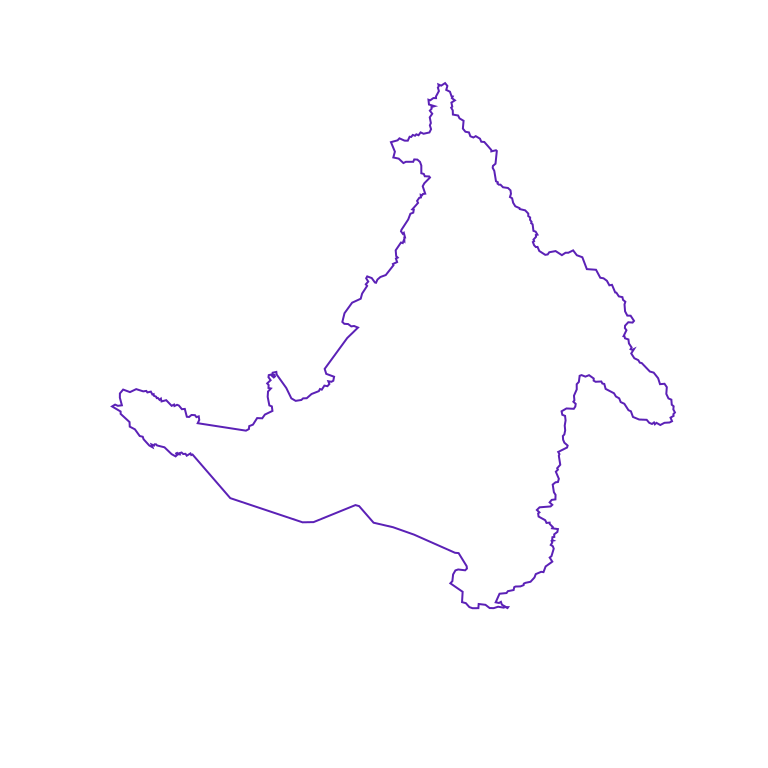 outline of Riosucio, Chocó, Colombia, rotated 157°
{"feature_id": "7082276B6840641027062", "entity_name": "Riosucio", "entity_type": "district", "adm_level": 2, "iso_a3": "COL", "parent_name": "Colombia", "parent_adm1": "Chocó", "projection": "albers", "projection_center": [-77.324, 7.341], "detail": "fine", "context": "isolated", "style": "outline", "palette": "violet", "viewbox_px": 768, "rotation_deg": 157, "n_neighbors": 0, "source": "geoboundaries", "source_scale": "gbopen_adm2", "svg_char_len": 6166}
<svg xmlns="http://www.w3.org/2000/svg" viewBox="0 0 768 768"><g transform="rotate(157 384 384)"><path d="M283.1,603.9L283.2,593.6L286.9,588.9L282.4,585.7L279.8,579.8L277.1,580.0L270.3,577.1L268.4,578.9L265.6,577.5L264.1,574.4L264.3,570.5L267.3,563.4L265.3,561.8L265.3,559.3L261.3,557.4L261.0,556.1L268.5,553.0L271.1,550.9L271.7,543.1L273.9,543.7L275.3,542.8L276.3,543.8L277.1,541.3L278.8,541.6L282.0,539.6L281.9,537.4L289.7,533.7L288.5,532.8L290.1,530.3L293.2,530.4L297.4,526.0L307.7,519.1L308.7,517.9L308.0,514.9L306.7,515.4L307.4,510.6L308.1,510.8L309.5,507.4L309.9,508.3L311.7,506.4L313.1,507.6L321.0,502.5L322.8,497.0L322.0,495.0L324.0,494.9L324.3,491.1L328.9,491.0L328.9,489.6L339.8,483.6L345.5,483.9L349.2,482.7L351.8,480.3L352.7,481.0L353.9,486.3L357.4,489.6L359.1,488.3L358.5,484.4L361.8,482.9L361.2,480.9L368.8,475.8L372.1,471.6L381.6,471.3L392.7,464.6L398.1,457.4L397.0,454.9L393.6,453.2L391.6,449.8L388.9,449.1L385.9,446.1L399.9,440.7L432.7,421.1L433.2,415.9L427.1,410.2L429.4,406.8L431.6,406.6L434.2,408.3L434.3,405.3L436.9,404.1L439.5,405.8L443.5,403.1L444.9,404.4L446.8,402.9L454.6,403.1L460.7,401.1L464.1,402.4L466.3,401.6L471.9,403.0L474.9,407.0L475.5,418.5L479.1,434.7L478.4,437.2L482.1,437.9L483.3,436.5L481.3,435.1L481.4,433.6L482.9,433.1L484.7,436.9L486.6,437.2L487.7,435.4L486.9,431.8L491.3,430.2L490.6,428.1L491.9,425.5L489.9,424.1L493.7,422.4L496.1,417.6L497.9,409.1L496.0,407.2L497.2,402.8L505.6,402.4L509.5,400.0L514.1,402.2L520.5,397.8L524.5,397.9L526.0,395.3L529.3,395.0L570.8,420.7L568.1,423.1L567.2,426.6L569.6,426.8L570.2,429.2L573.3,430.7L576.3,429.8L578.3,430.9L577.1,438.9L579.9,439.8L581.2,444.3L582.6,445.7L585.5,445.6L585.3,447.1L588.0,446.9L590.8,454.2L595.6,454.9L595.1,457.7L596.8,457.1L597.6,459.5L598.7,459.8L598.7,461.3L600.4,463.1L600.0,464.7L601.3,464.8L601.6,468.1L605.1,468.7L605.5,470.5L608.5,471.3L614.1,476.1L621.0,475.8L626.3,480.8L630.8,478.5L632.5,474.6L633.6,466.8L637.5,467.9L639.6,470.1L643.1,469.6L637.2,461.6L638.1,459.4L633.1,448.4L634.7,444.1L631.0,439.6L629.2,431.6L626.7,429.7L626.9,427.1L624.1,419.1L621.8,416.2L621.6,419.2L619.7,417.2L618.7,418.1L617.4,417.5L616.9,416.1L610.8,411.5L606.9,402.4L604.1,398.8L602.5,399.4L602.5,401.3L601.4,401.4L601.1,399.8L599.5,399.0L599.5,400.3L597.1,400.0L596.2,398.0L594.0,397.3L593.6,395.1L589.3,395.7L589.2,393.9L587.8,393.9L570.1,339.0L513.0,288.5L502.8,284.4L457.6,283.7L454.6,281.3L447.8,260.4L431.6,248.6L415.2,233.6L384.6,200.9L381.4,199.2L379.1,184.0L379.8,181.7L382.1,180.8L388.2,184.3L391.1,184.5L394.8,181.7L398.1,175.8L400.8,174.6L392.8,162.0L397.4,152.7L394.3,150.3L392.6,145.3L390.1,143.0L384.7,140.8L382.8,144.5L376.9,141.1L374.3,136.5L370.6,134.8L366.0,134.4L361.1,131.3L360.0,132.0L357.9,129.5L356.9,130.1L358.8,131.0L361.7,134.8L361.5,137.8L363.7,137.5L366.5,139.4L359.6,145.8L352.9,143.7L350.9,144.9L345.2,143.7L343.5,146.1L342.1,146.2L337.5,144.4L334.1,144.3L333.3,145.6L331.5,145.7L326.4,144.7L321.1,147.1L318.6,149.7L312.7,149.7L310.7,148.5L306.5,152.9L298.5,154.7L299.3,159.5L297.1,160.1L292.1,166.1L292.0,168.7L293.4,170.7L291.1,172.3L291.0,174.0L289.3,173.7L290.2,174.7L288.8,177.2L287.0,176.7L286.1,179.1L282.2,180.1L280.6,182.5L285.6,185.5L284.5,186.3L286.1,190.3L285.7,191.7L288.7,192.6L288.8,195.6L293.5,201.6L292.7,204.6L291.1,205.1L292.5,208.3L289.0,209.7L278.5,206.2L276.3,207.0L277.8,210.3L274.9,211.8L271.3,210.8L269.4,214.9L269.9,218.0L268.0,225.5L264.5,226.5L262.2,225.8L260.1,228.4L260.1,236.1L257.4,237.2L257.5,238.8L253.3,240.8L251.1,249.7L249.9,250.9L250.2,253.4L240.3,254.0L239.0,255.6L240.9,259.5L240.9,262.7L239.7,266.2L237.7,267.1L235.3,270.6L233.9,275.1L231.1,279.5L229.8,283.9L231.9,286.0L231.2,289.5L225.6,290.2L219.0,287.0L216.7,288.5L215.3,290.8L216.6,293.7L215.1,294.6L213.7,299.0L208.7,303.7L206.7,308.5L203.8,309.8L200.7,315.1L198.7,315.0L195.7,312.1L191.8,312.0L188.8,307.1L189.7,305.2L188.4,303.4L183.0,301.4L182.8,299.1L181.2,298.0L181.9,292.9L175.9,285.6L175.4,281.9L173.1,278.9L173.2,274.9L170.5,271.9L169.2,264.4L167.4,262.4L167.7,256.4L163.0,251.6L156.2,248.4L155.0,244.6L152.9,242.5L150.5,243.1L150.4,241.1L148.4,241.8L145.7,238.3L141.0,238.7L136.2,237.0L133.4,237.2L133.4,241.1L129.9,241.5L129.4,243.2L127.3,244.1L127.6,247.6L126.1,250.3L127.2,252.5L125.6,257.3L127.8,259.6L128.0,264.6L124.9,270.6L125.7,274.6L130.0,276.0L129.4,282.2L131.3,289.1L134.4,291.6L138.6,302.6L140.2,303.7L140.6,306.6L143.5,309.9L144.5,315.5L140.2,318.5L142.0,318.4L143.4,319.7L141.8,320.9L142.7,325.6L141.6,329.5L144.3,331.9L144.0,333.9L144.8,334.4L139.8,338.8L140.4,341.4L139.3,343.5L135.0,345.4L131.2,343.4L129.2,344.4L130.3,350.5L133.3,351.9L133.7,356.7L131.5,363.3L129.7,365.4L131.1,368.1L130.6,370.8L133.6,372.9L134.4,377.3L135.4,377.9L135.4,386.2L138.0,386.8L138.5,391.9L140.6,395.5L143.4,397.3L144.2,406.3L152.4,410.5L151.9,423.2L156.2,427.2L157.7,433.1L163.1,432.8L165.6,433.9L169.9,433.1L174.1,439.3L180.4,440.7L182.7,439.3L185.1,439.9L189.1,445.8L189.1,450.2L190.7,450.7L191.6,453.0L191.5,456.5L190.0,456.8L190.0,458.5L186.5,460.1L186.0,461.8L184.4,461.5L184.9,465.0L186.6,466.6L184.8,472.9L185.7,474.6L184.8,475.5L185.4,478.1L184.4,480.2L185.6,482.2L184.6,484.5L186.2,488.7L190.7,492.0L190.5,492.9L193.7,496.3L194.3,500.4L193.5,504.9L195.0,506.9L192.8,509.5L191.9,512.8L193.3,516.0L197.6,518.6L198.9,522.0L200.4,522.6L201.2,524.1L200.4,525.2L201.7,526.9L199.2,537.1L199.5,540.5L198.5,542.2L195.3,543.2L189.1,554.4L189.6,555.4L194.3,556.2L193.8,557.5L197.1,567.6L199.8,569.0L199.8,572.3L202.7,576.3L205.4,576.0L207.7,578.3L207.5,582.4L210.5,584.4L211.6,588.3L207.9,595.2L210.7,599.0L210.9,602.2L215.3,605.1L213.8,609.0L214.2,612.1L212.8,612.6L212.0,616.7L207.9,617.4L209.8,620.6L208.4,621.8L209.4,622.4L209.1,627.3L211.8,630.4L209.2,633.6L210.2,637.1L214.8,636.3L216.9,638.5L217.3,636.6L218.6,635.8L219.0,632.2L223.9,628.3L224.4,626.8L226.8,627.9L230.6,627.1L232.0,628.3L233.4,623.7L228.9,620.0L232.1,620.4L232.6,618.8L235.0,617.7L234.0,613.9L237.7,611.6L238.9,605.9L240.7,604.2L241.1,600.2L243.9,597.8L249.8,598.9L252.0,601.3L255.0,599.5L256.7,601.2L258.4,600.4L260.2,602.0L262.4,600.8L263.8,601.6L267.0,598.7L270.0,600.0L273.8,604.1L276.3,603.0L283.1,603.9Z" fill="none" stroke="#5b21b6" stroke-width="2"/></g></svg>